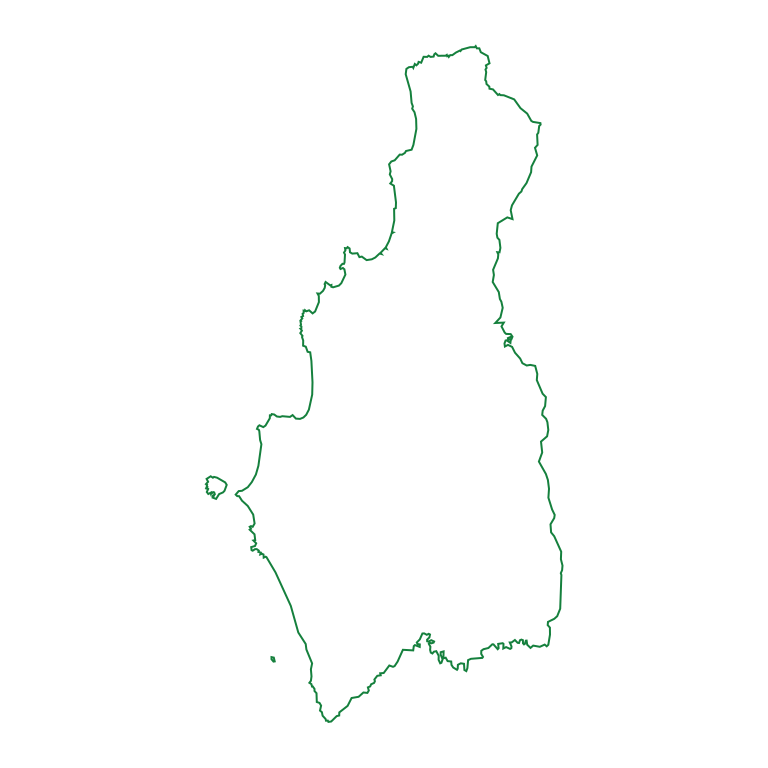 the district of Puerto Lopez, Manabi, Ecuador
{"feature_id": "8360857B39062181944850", "entity_name": "Puerto Lopez", "entity_type": "district", "adm_level": 2, "iso_a3": "ECU", "parent_name": "Ecuador", "parent_adm1": "Manabi", "projection": "natural_earth1", "projection_center": [-80.786, -1.546], "detail": "fine", "context": "isolated", "style": "outline", "palette": "green", "viewbox_px": 768, "rotation_deg": 0, "n_neighbors": 0, "source": "geoboundaries", "source_scale": "gbopen_adm2", "svg_char_len": 6075}
<svg xmlns="http://www.w3.org/2000/svg" viewBox="0 0 768 768"><path d="M405.7,74.2L410.6,91.5L411.6,102.9L412.9,106.4L412.2,108.7L414.5,112.2L416.1,118.9L416.4,128.9L413.4,144.9L411.6,149.7L406.0,151.0L404.9,152.9L402.1,154.7L399.7,154.6L394.7,160.3L391.3,161.5L389.1,164.3L390.6,171.3L389.8,174.4L392.2,179.1L392.1,181.2L390.3,183.5L393.9,185.7L396.0,202.4L395.8,208.1L394.1,208.8L394.3,220.5L391.9,232.2L393.2,232.5L391.6,233.4L388.9,241.4L385.8,247.3L386.5,248.7L385.1,248.1L380.5,252.9L381.4,254.0L379.6,253.5L375.3,257.5L371.8,259.3L366.6,260.1L361.8,256.6L359.4,257.1L357.4,253.2L352.3,253.6L350.0,252.3L349.6,248.5L347.6,247.1L346.7,248.3L345.0,248.1L345.4,250.4L344.0,252.6L345.0,254.5L344.5,262.6L343.9,263.9L342.5,263.8L340.5,265.9L339.8,267.8L340.5,269.0L342.9,268.0L344.4,269.3L345.4,274.6L341.3,283.2L338.9,285.6L333.1,287.3L331.4,286.8L331.4,285.0L330.3,285.4L325.6,282.0L324.6,284.1L325.2,285.1L324.7,287.9L323.0,290.9L319.9,293.7L317.5,293.5L318.8,295.9L318.9,302.1L315.1,311.5L312.6,313.4L309.1,310.3L306.3,311.3L305.0,310.2L304.8,310.9L303.6,310.6L303.7,312.9L302.6,313.8L303.1,316.0L301.4,317.0L302.3,318.4L300.5,320.5L301.1,321.1L300.5,321.6L301.0,324.5L300.4,325.6L301.4,326.5L301.3,328.7L300.5,328.8L301.9,330.7L300.3,333.1L302.5,335.9L302.0,337.0L303.2,340.5L303.1,345.7L305.8,346.7L307.6,351.8L310.2,352.3L311.4,360.9L312.5,382.3L312.2,394.6L308.9,409.6L306.2,414.8L303.4,417.5L300.0,418.9L295.9,418.6L292.6,415.1L290.0,416.9L282.3,416.2L280.1,416.9L276.9,416.5L274.2,414.5L271.7,414.1L271.2,415.3L269.9,415.3L269.8,418.3L265.5,425.6L263.3,427.1L259.4,425.3L258.0,426.5L257.0,428.9L258.8,429.8L259.3,431.1L260.1,440.0L261.4,444.2L258.4,465.8L255.9,474.5L251.8,482.1L247.8,487.2L242.0,490.8L238.7,491.1L235.7,494.6L237.2,496.1L239.1,496.2L242.0,500.7L247.8,506.0L253.2,514.6L254.6,523.5L252.7,526.8L251.0,526.1L249.7,526.8L251.0,528.8L249.7,529.7L254.5,534.3L255.2,540.1L253.4,540.5L256.2,543.3L255.0,546.0L251.2,547.1L251.6,550.2L252.7,550.7L255.1,549.1L256.7,549.1L258.8,550.6L258.4,551.9L260.8,552.6L260.3,554.4L262.1,553.8L263.5,554.5L263.7,557.6L265.7,556.7L266.5,557.2L275.5,572.4L290.8,605.9L298.3,632.5L305.7,644.0L306.4,649.5L312.1,663.4L310.9,669.3L311.5,676.4L310.9,680.8L309.4,682.8L311.4,684.1L312.0,686.5L312.7,686.4L314.5,688.9L314.5,691.0L316.5,693.2L316.8,702.0L319.5,702.9L321.1,705.6L320.0,710.6L321.9,712.2L322.6,715.7L325.6,719.0L326.0,720.7L327.8,720.6L328.4,721.9L331.2,721.5L336.7,716.1L339.2,715.5L339.3,712.4L347.6,705.9L351.6,698.0L358.6,696.8L363.4,692.5L367.4,692.9L368.8,690.5L367.9,687.4L370.2,686.4L371.1,684.3L374.1,682.9L374.9,681.2L374.4,679.5L377.3,675.8L380.7,675.3L380.2,673.3L383.7,673.0L389.3,665.5L393.0,666.8L394.6,666.1L397.6,661.6L402.9,649.8L413.2,650.4L413.8,646.1L414.9,645.1L419.7,646.9L419.8,644.4L417.5,644.0L416.8,642.5L419.8,639.4L422.4,633.5L424.2,633.4L426.8,634.8L428.7,633.8L430.0,634.5L429.4,637.4L427.1,639.7L427.2,641.3L428.4,641.6L431.3,640.2L434.1,641.5L433.6,642.6L431.4,643.3L429.7,642.8L428.8,643.8L430.4,646.7L430.1,649.9L430.8,652.6L432.4,653.5L433.9,651.7L436.3,651.2L438.7,655.8L438.6,659.8L440.2,663.3L441.4,662.8L442.6,659.3L440.6,654.5L440.7,652.2L443.6,651.4L443.4,658.3L445.7,657.7L447.6,661.1L451.2,661.5L451.5,664.9L453.2,667.5L457.0,669.8L457.7,668.7L457.9,664.8L460.8,663.3L464.0,663.8L464.4,670.0L466.3,671.1L467.4,668.1L468.1,660.1L471.0,658.8L482.3,657.9L483.0,656.9L481.2,653.9L481.3,650.8L483.5,649.2L488.4,648.0L492.3,644.3L493.5,644.4L497.7,649.2L498.6,648.2L498.2,643.9L502.7,643.2L503.5,643.9L503.3,648.5L506.1,647.1L510.1,648.9L511.3,648.2L511.5,646.4L509.8,642.5L511.7,642.4L514.9,640.0L517.6,642.8L519.0,643.0L520.0,640.2L521.4,639.6L522.9,640.2L523.0,643.3L524.0,644.4L524.9,643.8L525.8,640.7L526.6,640.6L527.2,644.7L530.5,647.9L533.2,645.6L539.8,646.8L544.7,644.6L546.7,646.3L548.3,644.8L550.0,634.6L549.9,627.6L547.7,625.1L548.0,621.9L554.3,618.8L557.2,616.2L560.2,608.7L561.4,575.0L560.8,573.2L562.1,570.2L562.5,565.6L560.9,559.2L561.2,551.7L554.2,536.2L551.1,532.4L550.5,524.3L554.2,518.1L554.7,514.9L552.1,509.5L548.4,497.7L549.0,488.8L547.9,480.0L545.9,474.0L538.9,461.6L542.2,452.5L541.0,441.6L547.1,436.3L548.3,430.0L547.4,422.2L546.1,418.8L542.2,414.9L542.7,410.6L545.1,406.1L545.9,397.1L542.6,393.7L536.8,380.1L537.3,374.0L535.2,365.9L530.3,364.9L526.7,365.5L522.4,363.2L520.2,358.6L515.0,352.7L512.1,346.9L508.0,344.9L504.9,346.5L504.5,343.4L505.6,340.5L506.6,340.3L510.4,342.9L510.8,339.5L508.2,339.5L507.9,338.1L510.4,337.0L511.7,338.6L512.5,336.7L510.7,334.1L506.1,333.9L504.7,332.6L501.5,326.4L503.8,322.6L495.3,323.0L500.4,317.5L502.7,307.8L501.4,301.8L499.9,299.0L498.8,292.1L492.7,282.0L493.9,275.0L493.1,269.8L497.9,258.4L498.3,254.5L497.3,252.2L499.5,252.4L500.4,247.9L499.4,239.9L497.4,237.7L496.7,233.8L497.8,223.2L507.3,217.4L512.5,219.1L510.7,210.2L512.0,205.3L518.9,193.7L521.4,191.5L522.2,189.1L526.5,183.1L531.1,172.2L531.5,166.6L537.2,155.4L535.0,147.8L537.6,144.9L537.1,134.5L538.3,132.8L539.2,126.0L540.6,124.6L540.4,123.1L533.0,121.9L531.3,120.9L527.2,113.6L520.5,108.2L514.2,99.4L503.9,95.3L500.3,95.1L499.4,94.1L498.0,95.0L493.0,89.4L489.5,88.7L489.3,86.6L486.5,84.0L486.2,81.3L485.2,80.0L486.2,72.1L485.5,69.5L486.6,67.9L485.9,65.4L489.5,63.3L487.7,56.0L480.8,52.2L479.3,48.3L476.8,48.3L475.7,46.1L474.7,47.2L470.2,47.2L461.7,49.5L460.5,51.0L460.0,50.5L456.0,52.5L452.4,55.1L450.2,55.1L448.8,56.9L448.2,55.8L447.2,56.2L446.8,54.9L445.6,55.7L438.2,55.8L435.5,53.3L434.3,54.3L433.6,56.6L430.6,56.9L428.6,55.7L427.2,56.9L423.6,56.8L421.2,62.7L418.6,61.9L418.0,63.8L416.4,65.3L414.8,64.0L413.3,67.9L412.7,66.8L408.9,67.2L406.4,68.9L405.7,74.2ZM212.9,477.7L210.7,476.3L206.6,478.9L208.1,481.8L206.0,484.1L207.1,484.8L206.7,486.0L207.3,486.7L205.5,488.9L207.2,488.0L208.2,488.9L206.8,492.0L208.3,494.0L211.1,492.5L211.1,493.9L213.2,492.1L214.2,492.4L214.8,494.2L212.7,495.8L213.7,496.0L212.7,497.6L216.1,498.9L219.1,494.1L223.0,492.4L224.5,490.8L226.7,484.9L225.2,482.4L217.1,477.7L214.0,476.9L212.9,477.7ZM274.7,661.4L273.8,657.6L271.5,657.1L271.5,659.2L273.5,661.6L274.7,661.4Z" fill="none" stroke="#15803d" stroke-width="2"/></svg>